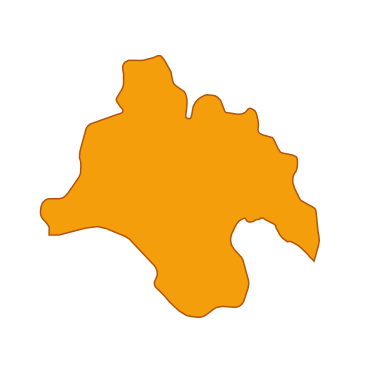 the Special City of P'yŏngyang, rotated 19°
{"feature_id": "PRK-3305", "entity_name": "P'yŏngyang", "entity_type": "Special City", "adm_level": 1, "iso_a3": "PRK", "parent_name": "North Korea", "parent_adm1": "", "projection": "orthographic", "projection_center": [125.945, 38.994], "detail": "fine", "context": "isolated", "style": "filled", "palette": "amber", "viewbox_px": 384, "rotation_deg": 19, "n_neighbors": 0, "source": "natural_earth", "source_scale": "10m", "svg_char_len": 3133}
<svg xmlns="http://www.w3.org/2000/svg" viewBox="0 0 384 384"><g transform="rotate(19 192 192)"><path d="M118.3,73.5L120.2,74.5L123.0,76.3L132.8,85.1L133.2,85.6L134.5,88.0L134.8,88.5L137.2,92.7L138.3,94.3L139.3,95.3L140.4,96.0L142.3,96.9L152.0,99.6L152.9,100.4L154.0,101.5L155.9,104.0L156.7,105.4L157.2,106.5L158.2,109.2L159.9,115.4L160.6,119.6L161.0,121.1L161.8,123.1L162.4,123.7L163.4,123.9L165.3,123.7L166.1,123.2L166.6,122.4L166.7,121.6L166.6,118.9L165.6,112.6L165.4,110.9L165.5,109.2L165.6,108.4L166.4,105.3L167.5,102.6L168.2,101.4L170.2,98.8L172.5,96.5L173.7,95.7L175.0,95.1L180.9,93.7L182.5,93.6L184.2,93.8L186.3,94.6L188.8,95.8L191.5,98.7L196.4,104.7L197.8,105.8L210.3,103.5L213.9,101.9L215.0,100.7L215.9,100.1L216.4,99.3L216.8,98.6L217.3,97.1L217.9,95.5L218.5,94.8L219.2,94.2L220.0,93.9L220.8,93.8L223.4,94.3L225.2,94.9L226.7,96.2L228.4,98.5L231.6,103.8L232.8,106.5L233.5,108.5L233.7,110.5L234.0,111.5L234.4,112.3L235.0,113.1L235.8,114.0L237.1,114.6L239.7,115.0L250.3,114.4L251.9,115.5L258.8,122.5L262.5,125.5L263.2,125.6L265.1,125.7L274.7,124.4L277.7,124.5L279.5,125.0L280.5,126.3L281.7,128.4L283.3,133.8L283.6,136.5L283.5,138.8L282.9,140.9L282.6,142.8L282.7,145.3L283.0,146.6L283.4,147.9L284.3,150.4L287.9,155.2L295.8,163.2L297.9,164.6L311.5,167.0L313.7,167.8L314.6,168.5L316.0,170.8L324.2,188.8L324.4,189.1L326.2,192.1L328.2,196.6L329.0,201.4L329.9,217.7L327.1,216.2L325.5,215.6L323.6,214.5L321.5,213.1L311.4,208.5L309.2,207.9L302.8,206.7L300.7,206.8L298.4,208.0L292.5,206.1L288.6,203.7L287.4,202.3L283.8,199.1L281.7,196.3L280.1,195.7L270.2,194.2L268.5,193.6L265.9,193.8L264.4,196.0L261.6,197.4L259.4,200.0L255.9,201.9L253.3,201.6L251.1,199.5L249.3,200.2L246.6,203.2L245.2,205.8L244.5,208.2L244.1,210.3L243.2,218.7L243.3,220.8L243.6,222.9L244.2,225.0L245.2,227.0L246.4,228.9L248.1,230.7L251.9,233.3L259.6,237.4L261.3,238.8L262.4,239.9L273.9,256.8L274.9,258.8L275.6,260.7L276.0,262.7L276.3,264.8L276.5,278.2L276.2,280.3L275.4,282.3L274.2,284.2L272.4,285.8L270.6,286.9L258.2,290.2L254.8,291.9L252.1,293.8L250.5,295.8L245.0,304.0L243.3,305.9L241.0,307.4L238.4,308.5L231.6,310.0L226.9,310.5L218.7,308.7L206.1,303.1L200.6,299.6L188.4,293.7L186.6,291.7L185.8,289.5L186.2,282.9L185.9,280.9L185.1,278.8L183.8,277.0L182.1,275.2L180.3,273.8L148.1,256.9L143.2,255.7L122.3,254.5L113.8,255.5L103.4,260.6L80.3,275.9L70.9,279.2L68.5,271.9L66.7,270.2L63.7,268.2L59.7,266.1L57.5,264.3L55.9,262.1L55.0,259.4L54.1,255.4L54.1,252.3L54.7,249.6L55.8,247.7L57.1,246.1L58.8,245.0L68.7,241.5L72.0,239.4L73.6,236.8L75.2,233.1L80.3,214.6L80.5,212.1L80.4,210.2L78.3,203.1L76.6,199.2L74.4,196.1L72.8,189.9L71.3,167.2L71.5,165.6L72.0,163.9L72.5,162.7L73.7,160.8L96.9,142.3L97.5,142.0L98.7,141.1L100.0,139.9L100.3,139.2L100.4,138.4L100.3,137.8L100.1,137.2L99.8,136.8L98.6,135.9L96.1,134.5L91.3,130.8L90.8,130.2L90.3,129.3L90.2,128.4L90.2,127.6L90.7,125.2L90.9,124.4L92.2,118.1L92.4,116.4L92.4,114.2L92.2,112.9L91.9,111.4L88.8,102.5L86.2,97.7L85.7,96.3L85.6,94.7L85.8,93.0L85.9,92.3L86.2,91.6L86.5,91.0L88.2,89.1L89.3,88.1L102.4,83.7L112.0,77.4L114.3,75.1L115.4,74.3L116.7,73.8L118.3,73.5Z" fill="#f59e0b" stroke="#b45309" stroke-width="1.5"/></g></svg>